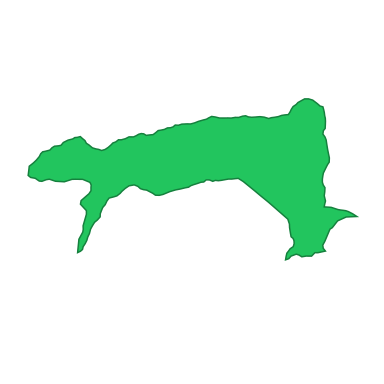 outline of São Benedito, Ceará, Brazil, rotated 353°
{"feature_id": "56859067B56740844379341", "entity_name": "São Benedito", "entity_type": "district", "adm_level": 2, "iso_a3": "BRA", "parent_name": "Brazil", "parent_adm1": "Ceará", "projection": "albers", "projection_center": [-40.987, -4.067], "detail": "fine", "context": "isolated", "style": "filled", "palette": "green", "viewbox_px": 384, "rotation_deg": 353, "n_neighbors": 0, "source": "geoboundaries", "source_scale": "gbopen_adm2", "svg_char_len": 3224}
<svg xmlns="http://www.w3.org/2000/svg" viewBox="0 0 384 384"><g transform="rotate(353 192 192)"><path d="M71.1,238.2L74.1,237.2L76.3,235.7L77.3,233.0L79.7,230.2L81.7,227.2L83.1,223.9L85.1,220.8L86.8,216.5L89.1,213.3L91.6,210.2L94.6,208.3L97.8,205.5L98.3,202.4L99.6,199.9L101.5,196.5L104.3,194.0L106.5,190.5L109.0,187.9L113.6,187.3L117.0,186.7L120.5,184.6L122.5,182.8L126.0,180.4L130.2,178.2L135.5,177.9L139.0,179.8L141.2,182.4L144.0,183.7L147.2,184.6L152.9,188.5L155.3,190.7L159.1,191.3L162.9,190.9L166.5,189.9L170.1,188.9L176.1,187.9L180.8,187.6L185.8,187.0L189.2,186.8L191.5,185.6L194.5,184.9L198.4,184.2L202.1,183.4L204.9,183.5L207.6,181.7L210.7,182.1L213.9,183.9L216.6,183.3L219.5,184.0L222.4,184.0L225.8,183.8L229.7,183.6L232.9,184.0L235.9,184.0L239.6,184.1L244.1,187.8L254.1,198.2L259.9,204.4L262.6,207.2L266.6,211.4L268.6,213.6L283.8,230.6L284.3,233.2L284.8,235.6L284.5,239.3L284.7,245.0L284.9,248.5L286.7,250.4L287.3,252.8L287.1,255.7L285.8,258.6L282.5,260.3L280.8,262.2L278.7,264.3L277.6,267.3L276.6,270.7L279.9,270.0L282.5,267.7L287.9,266.4L290.5,267.6L293.1,269.7L297.4,269.5L302.9,270.2L306.6,267.2L309.5,267.6L317.2,266.9L315.4,263.9L315.3,260.7L317.9,257.0L324.4,245.7L326.9,244.5L333.0,238.4L342.0,235.6L352.6,236.4L348.8,233.2L344.8,230.5L342.3,229.3L339.8,228.6L337.3,228.0L334.7,227.2L331.5,225.7L328.3,224.2L325.2,223.6L321.4,222.9L322.3,220.0L323.4,217.2L323.1,214.5L322.8,211.8L323.8,208.0L324.5,203.9L323.1,201.0L322.6,198.1L323.0,195.0L323.9,191.7L324.7,189.2L326.5,186.4L328.4,183.5L329.9,181.3L331.8,179.1L332.5,174.9L332.1,170.3L331.8,166.4L331.6,161.3L331.5,156.7L330.7,153.6L329.0,150.5L329.9,147.1L331.9,145.2L332.5,141.8L333.1,138.0L333.3,135.0L333.0,132.4L333.0,129.2L332.7,126.1L332.3,123.4L329.6,122.3L327.2,119.6L323.0,115.5L319.1,113.8L315.1,113.3L311.8,114.6L308.1,116.1L306.0,117.9L302.8,119.5L300.6,122.1L299.3,124.2L297.1,126.9L293.4,126.8L290.3,126.9L286.8,127.7L282.7,127.9L279.8,127.9L277.1,128.4L272.8,126.5L268.6,125.5L263.5,125.3L260.3,125.1L257.0,124.3L254.6,122.9L251.4,122.9L247.4,123.7L244.1,123.2L239.9,123.4L236.7,122.9L232.9,122.5L228.3,121.9L224.3,120.4L220.7,119.4L217.5,120.5L215.2,121.5L211.9,121.9L209.4,122.3L206.9,122.7L203.1,123.7L198.9,124.3L195.5,123.8L192.9,123.6L190.1,123.4L186.7,124.1L183.5,123.5L181.1,125.1L178.4,125.6L175.4,125.4L172.3,126.5L169.0,126.8L165.9,126.9L163.2,128.7L160.4,130.3L156.8,130.2L153.4,130.2L151.2,128.4L148.7,127.8L146.1,128.2L143.3,129.4L140.6,130.2L136.2,129.6L132.3,131.0L128.0,131.6L125.4,131.2L122.4,133.0L119.4,133.7L117.5,135.3L114.3,137.5L110.9,139.2L107.3,139.8L104.7,138.4L101.8,137.5L98.5,136.0L95.4,132.7L93.1,130.8L92.0,127.9L89.8,125.6L87.9,123.4L84.9,123.8L82.3,123.7L80.1,124.8L75.3,125.4L70.3,127.2L67.7,129.7L65.2,129.9L61.1,129.8L58.5,131.0L56.0,133.1L51.4,133.7L48.7,133.9L46.5,135.6L44.8,138.2L41.5,141.3L38.3,143.7L35.9,145.2L33.6,146.6L32.8,150.0L31.4,155.6L33.6,157.9L38.1,159.3L41.7,162.5L44.3,163.1L48.9,162.0L52.0,161.9L57.8,164.7L66.5,166.3L74.5,164.8L77.6,165.1L85.0,166.1L91.9,170.0L92.8,172.7L92.3,175.1L91.9,178.4L89.5,181.2L80.9,187.0L79.8,190.5L84.9,197.6L84.5,201.2L79.8,212.3L79.5,215.8L78.7,218.5L74.0,225.1L71.7,235.4L71.1,238.2Z" fill="#22c55e" stroke="#15803d" stroke-width="1.5"/></g></svg>